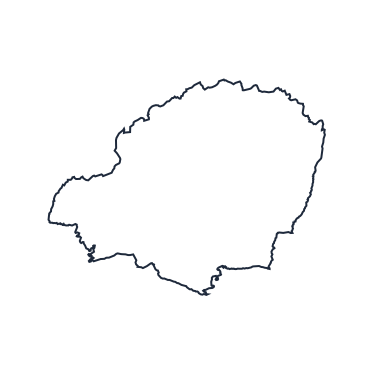 Sanqebethu, Mokhotlong, Lesotho (Equal Earth projection), rotated 253°
{"feature_id": "5366337B9113351497763", "entity_name": "Sanqebethu", "entity_type": "district", "adm_level": 2, "iso_a3": "LSO", "parent_name": "Lesotho", "parent_adm1": "Mokhotlong", "projection": "equal_earth", "projection_center": [29.193, -29.287], "detail": "fine", "context": "isolated", "style": "outline", "palette": "slate", "viewbox_px": 384, "rotation_deg": 253, "n_neighbors": 0, "source": "geoboundaries", "source_scale": "gbopen_adm2", "svg_char_len": 6011}
<svg xmlns="http://www.w3.org/2000/svg" viewBox="0 0 384 384"><g transform="rotate(253 192 192)"><path d="M207.8,335.8L210.1,335.8L212.7,337.1L213.4,336.4L213.1,334.2L213.7,334.4L215.1,335.7L217.0,336.3L218.4,337.3L222.0,337.3L222.5,337.0L222.8,335.7L222.6,334.2L220.6,330.2L221.3,329.2L221.3,328.2L223.3,327.4L225.1,324.7L226.4,325.8L227.7,325.0L228.7,325.5L229.5,325.0L231.0,325.1L231.4,322.7L233.4,321.1L235.2,320.9L241.3,323.9L242.5,323.6L243.9,323.9L244.8,321.6L245.9,319.8L246.5,319.3L248.8,319.3L250.4,318.1L250.7,313.7L251.5,312.8L252.4,312.6L253.0,312.1L253.9,313.4L255.0,314.0L257.1,313.8L257.3,310.7L261.8,310.3L261.6,308.2L262.4,307.4L264.2,307.1L263.9,305.9L266.3,305.1L266.3,302.4L264.2,299.3L264.9,294.6L266.9,290.4L267.2,288.4L268.8,286.6L269.0,285.8L274.8,285.2L275.6,284.3L275.6,282.1L273.9,278.9L273.7,277.5L274.1,271.3L274.5,270.3L276.6,270.7L280.0,270.5L281.0,270.9L283.7,270.1L283.6,265.4L282.9,263.2L285.2,261.2L287.2,258.5L289.0,256.9L289.2,255.6L290.2,255.3L290.0,250.1L288.8,249.3L287.5,247.5L286.8,245.4L286.3,241.8L286.6,239.4L287.4,238.1L286.2,234.2L288.0,233.1L290.2,233.1L292.2,231.8L294.6,231.7L293.5,225.4L291.9,222.3L292.0,219.8L291.6,217.8L291.9,216.5L289.9,216.1L289.4,213.3L288.3,212.1L286.7,211.2L286.9,209.8L284.7,208.4L285.0,207.3L287.0,205.8L286.7,204.4L288.3,203.4L287.3,201.7L287.7,200.5L285.5,196.7L285.8,194.5L283.3,190.0L283.1,186.7L283.8,185.5L284.6,185.2L285.6,182.8L285.7,180.2L285.4,178.5L283.9,175.7L280.2,173.0L279.0,173.3L278.4,172.0L275.5,172.5L274.1,172.0L274.1,167.1L275.3,167.4L276.3,167.2L277.3,166.1L277.8,164.9L276.7,161.1L276.2,157.7L275.6,156.5L273.5,155.6L272.4,152.0L267.4,150.3L268.4,145.5L268.4,144.2L271.6,145.5L272.4,145.5L271.3,144.2L269.3,139.3L265.8,135.6L263.9,134.5L256.2,132.3L254.1,130.1L250.9,131.6L245.6,133.1L244.4,133.1L241.5,131.6L240.7,130.8L240.1,127.1L239.1,125.4L237.3,124.6L236.2,122.9L233.9,120.8L233.2,111.6L234.5,111.3L235.3,110.6L235.2,104.0L236.3,103.2L236.2,101.8L233.5,96.2L234.4,94.3L235.4,93.4L237.1,92.1L238.7,91.8L238.4,90.3L237.3,88.6L238.3,84.9L239.9,83.7L240.9,83.7L241.0,82.0L240.0,81.2L239.1,79.6L240.0,76.8L238.3,76.2L237.9,74.0L235.7,71.8L236.7,70.7L234.0,68.3L233.7,67.2L231.7,64.7L230.5,64.2L230.0,61.6L228.1,59.6L225.7,57.9L223.7,57.8L223.7,56.6L220.9,55.7L219.0,54.5L216.8,52.3L214.7,51.5L213.2,49.2L212.5,49.2L212.1,48.7L207.4,46.7L205.6,47.3L204.8,46.9L204.1,47.4L203.4,49.5L202.8,50.1L202.7,51.0L202.0,52.6L202.0,53.6L200.6,54.1L200.6,55.6L199.9,56.6L200.4,57.0L199.2,58.0L199.0,58.7L198.3,58.7L198.2,59.1L198.8,59.9L197.9,60.0L197.9,60.5L197.4,60.8L196.7,62.1L196.5,63.3L196.2,63.7L196.6,64.9L195.0,67.5L195.5,71.1L194.5,72.2L193.8,71.9L192.1,72.0L187.8,68.6L186.9,68.8L186.8,70.7L185.5,72.1L184.2,71.2L183.9,69.3L183.3,68.8L182.7,69.6L182.1,71.8L180.8,72.5L178.0,70.4L176.5,70.5L175.6,71.1L176.1,73.0L175.8,73.6L174.4,73.4L172.1,74.1L169.0,74.4L167.4,76.3L166.0,76.3L165.5,76.7L165.5,77.9L166.7,78.3L167.6,79.2L167.7,81.3L169.4,81.7L169.6,82.6L169.2,83.4L167.1,82.3L166.1,80.9L163.5,80.8L162.2,76.3L162.9,75.2L162.4,74.5L160.6,75.2L160.7,77.1L160.4,77.4L159.6,77.3L158.7,76.5L158.2,76.7L158.3,78.2L157.7,78.6L157.0,76.9L157.4,75.2L156.2,73.2L155.2,73.4L155.1,74.9L156.1,76.2L155.8,76.9L154.5,77.7L154.6,85.1L153.7,88.7L154.2,90.8L153.5,93.5L154.0,99.1L155.0,101.5L155.0,103.0L153.3,106.1L151.8,110.2L150.4,112.4L149.8,114.4L149.5,117.5L143.0,118.8L141.2,117.4L139.1,117.4L136.9,118.6L136.3,118.1L134.9,121.5L133.6,122.8L134.3,127.2L135.8,131.7L135.7,132.9L134.3,133.2L134.0,133.7L134.1,134.2L133.7,134.5L132.8,133.9L128.8,134.5L127.5,135.3L126.9,136.4L124.6,136.6L123.9,135.7L122.4,135.6L118.9,137.3L117.7,138.8L117.4,140.2L114.9,143.3L114.5,144.8L111.6,148.4L111.0,149.7L109.2,151.2L108.8,152.3L106.2,154.8L103.6,159.0L102.5,159.2L99.9,161.1L99.5,161.6L99.2,163.1L97.2,164.3L96.4,166.1L95.8,166.4L95.2,168.2L94.1,168.9L93.3,168.9L91.6,170.4L90.8,171.9L91.0,173.6L89.4,175.6L89.6,177.1L90.2,175.7L92.1,175.9L93.0,174.5L94.3,173.8L94.8,175.0L94.4,176.4L95.0,180.1L94.3,183.4L94.6,184.8L95.2,185.4L95.9,185.4L96.4,184.7L96.5,183.5L96.9,183.3L100.5,184.1L102.7,185.6L104.0,185.8L105.1,187.2L104.8,190.4L103.6,190.8L102.2,189.9L101.6,189.1L100.7,189.4L100.5,190.8L101.1,191.5L102.4,191.6L102.8,191.0L103.8,191.6L104.2,192.5L104.3,195.3L104.7,195.7L106.4,195.2L106.9,195.8L108.1,195.8L109.5,195.2L109.6,194.4L110.0,193.9L110.6,193.6L111.3,194.0L111.9,195.2L112.5,199.4L112.0,200.2L111.2,199.5L110.3,200.0L111.2,202.0L110.1,202.7L109.6,202.2L109.2,202.4L108.1,203.9L108.2,204.6L107.3,205.4L107.2,207.6L106.9,207.7L106.6,208.6L106.6,208.4L106.5,209.6L106.1,209.8L105.5,211.2L105.3,212.2L105.4,213.0L104.0,217.3L104.2,218.5L103.4,219.9L103.4,221.6L102.8,223.0L102.6,226.7L103.0,228.0L102.9,229.0L101.6,234.5L100.0,236.4L99.5,237.7L98.2,239.6L97.4,241.5L96.7,241.9L95.7,243.7L96.4,243.9L97.4,243.4L98.4,243.5L100.5,245.9L101.0,246.1L101.2,246.7L102.3,247.2L103.3,248.4L103.6,249.4L107.2,249.1L108.9,250.7L110.2,250.3L111.8,250.6L113.6,252.5L114.1,254.4L114.8,254.4L115.2,253.7L116.6,253.2L118.8,254.6L119.1,255.4L120.5,256.1L121.5,257.4L123.4,258.3L123.7,259.3L127.1,260.8L127.4,261.9L127.9,262.1L127.8,263.5L126.2,267.3L125.5,272.5L123.9,274.4L123.5,276.1L125.4,275.8L125.7,276.4L127.6,277.9L128.3,277.7L129.5,278.2L130.0,277.9L130.8,278.6L131.2,279.5L131.7,279.4L132.1,280.0L133.2,280.0L133.1,280.7L133.4,281.4L133.8,281.5L133.6,282.4L134.7,282.9L135.6,283.9L136.4,285.4L136.3,286.3L137.2,287.2L137.4,288.5L138.5,290.3L140.4,292.0L141.3,293.6L142.9,294.3L143.3,295.2L144.2,295.6L145.4,297.4L148.6,298.2L149.1,299.7L150.5,300.7L151.0,300.4L151.2,300.8L152.1,301.0L153.4,303.5L155.1,305.0L156.6,304.7L156.8,305.3L158.3,306.3L158.4,306.8L159.5,307.3L160.5,307.2L162.9,309.1L164.5,309.6L166.1,310.8L167.5,311.1L168.8,311.9L169.3,311.6L171.2,312.6L171.7,312.3L171.9,312.8L173.1,313.0L174.4,314.7L175.1,315.0L175.2,315.6L175.7,315.7L176.1,316.4L179.7,317.0L183.6,320.6L186.3,325.2L187.2,325.8L195.5,329.6L197.4,329.6L200.9,332.0L204.6,333.5L207.8,335.8Z" fill="none" stroke="#1e293b" stroke-width="2"/></g></svg>